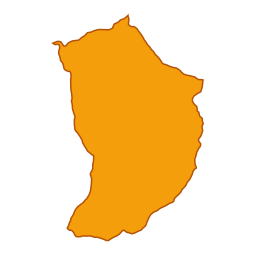 outline of Shongphu, Tashigang, Bhutan
{"feature_id": "84629894B1548081314680", "entity_name": "Shongphu", "entity_type": "district", "adm_level": 2, "iso_a3": "BTN", "parent_name": "Bhutan", "parent_adm1": "Tashigang", "projection": "robinson", "projection_center": [91.663, 27.301], "detail": "fine", "context": "isolated", "style": "filled", "palette": "amber", "viewbox_px": 256, "rotation_deg": 0, "n_neighbors": 0, "source": "geoboundaries", "source_scale": "gbopen_adm2", "svg_char_len": 3981}
<svg xmlns="http://www.w3.org/2000/svg" viewBox="0 0 256 256"><path d="M52.9,43.2L53.5,43.6L54.0,44.0L54.5,44.4L55.2,44.6L56.8,44.4L58.1,44.4L58.8,44.8L59.2,45.3L59.5,46.2L59.6,46.8L59.7,47.6L59.6,48.1L58.7,51.6L58.6,52.6L58.9,54.3L59.7,56.0L60.1,57.7L60.6,60.6L62.5,62.9L63.2,64.8L63.4,65.4L63.6,66.6L64.2,68.9L65.5,70.2L68.0,71.3L69.6,71.5L70.2,71.9L70.6,72.6L70.7,73.4L70.8,74.1L71.1,75.8L71.1,77.5L70.7,78.5L70.7,79.1L70.7,80.0L70.7,81.7L70.7,82.6L70.7,83.5L70.7,84.5L70.8,86.0L71.0,90.4L71.3,91.4L71.7,94.2L72.0,97.6L72.0,98.5L72.0,99.1L71.9,99.7L71.4,100.4L71.5,101.0L71.8,102.6L72.1,103.8L72.3,105.6L72.4,106.6L72.4,108.1L72.5,108.8L72.7,109.8L73.2,110.7L73.5,112.3L74.3,114.7L74.8,115.8L75.0,117.1L74.9,117.7L74.7,118.3L74.4,119.2L74.3,120.0L74.4,122.8L74.4,123.9L74.4,124.8L74.5,125.5L74.5,126.2L74.7,126.7L74.8,127.7L74.8,128.7L74.9,129.4L75.8,131.0L76.8,132.1L77.3,132.6L78.2,133.9L80.3,137.0L81.2,138.8L81.9,139.7L82.2,140.2L82.5,142.2L82.7,142.9L83.7,144.6L84.6,146.2L85.2,147.0L87.3,150.6L87.7,151.2L89.5,152.7L90.5,153.4L91.3,154.3L92.3,155.0L93.4,155.5L93.7,156.1L93.7,157.6L93.5,159.8L93.5,160.9L93.1,163.4L92.7,164.3L92.8,166.3L92.8,167.3L92.6,169.3L92.1,170.3L90.9,172.4L90.3,174.1L90.3,174.6L90.7,175.4L91.7,179.1L91.6,179.8L91.5,182.2L90.9,188.3L90.7,189.0L90.7,190.1L89.5,193.8L88.7,195.6L88.1,196.3L87.6,197.4L86.7,198.8L85.5,199.7L84.3,201.2L83.8,201.8L83.2,202.7L81.5,203.8L80.3,204.7L78.9,205.9L77.6,206.8L76.6,208.2L75.3,209.9L74.7,211.4L74.1,212.5L73.7,213.9L71.1,218.2L70.7,218.9L70.6,219.8L70.7,220.7L70.2,221.2L69.3,223.0L69.0,224.2L68.6,225.4L67.8,227.0L67.2,228.0L67.8,228.9L69.4,230.2L71.2,230.3L72.5,231.1L73.7,232.6L75.1,235.4L76.3,236.6L76.9,236.7L78.2,236.8L80.9,236.6L83.0,235.9L86.1,236.1L89.9,235.9L91.9,236.3L93.2,236.9L95.3,237.2L97.7,237.3L101.0,238.4L103.9,239.3L105.9,240.4L108.3,240.6L112.3,237.9L117.0,235.7L119.3,234.2L122.1,231.1L123.6,230.1L125.3,231.2L126.6,232.2L127.7,232.5L130.7,233.3L131.7,233.8L133.7,233.4L136.9,231.9L138.3,231.2L140.4,230.4L141.9,229.4L143.0,227.9L144.3,227.0L145.6,225.7L146.3,224.1L146.8,222.4L148.0,219.7L148.9,217.6L150.9,214.4L153.7,212.1L156.7,210.9L160.2,208.3L166.5,205.3L168.5,203.9L170.4,203.0L172.0,202.5L173.6,201.5L174.5,198.4L176.4,196.5L178.5,194.6L179.3,193.7L180.5,192.6L182.1,189.5L184.0,187.6L185.9,185.3L187.1,182.5L189.6,179.5L190.8,177.3L192.2,174.3L193.0,171.6L194.3,169.4L196.3,168.1L196.2,166.9L195.1,164.5L194.7,159.4L195.0,158.5L195.7,156.6L196.4,154.0L196.6,152.6L197.2,151.5L197.8,150.3L198.8,148.2L199.4,147.5L200.0,146.8L200.7,144.8L200.7,143.8L198.9,141.5L198.4,140.0L199.0,138.5L200.2,137.0L201.1,135.4L202.1,132.6L202.7,130.6L202.2,128.1L202.0,126.7L202.5,124.9L203.1,124.3L203.1,123.0L202.5,121.6L202.3,119.9L202.3,118.7L201.6,117.7L200.2,116.8L199.4,115.3L199.1,113.8L198.8,112.2L197.4,111.3L196.8,106.5L195.0,105.0L193.5,103.1L192.5,101.3L192.4,98.6L194.1,95.9L197.1,93.8L199.2,92.6L200.1,92.1L200.6,91.8L201.2,90.3L202.2,87.0L202.6,83.8L203.0,79.9L201.6,79.7L198.2,79.5L194.9,77.1L191.0,76.0L188.8,75.5L186.3,75.0L183.9,74.2L182.9,73.4L181.9,72.6L179.5,70.0L176.5,68.1L173.8,67.6L169.8,66.4L166.2,64.7L163.7,64.1L162.0,62.9L160.4,60.1L159.1,58.3L157.3,56.3L155.2,54.3L154.0,52.3L152.9,50.9L151.4,49.5L150.4,47.9L149.9,47.2L147.8,45.0L145.9,42.0L144.9,40.7L144.4,40.1L143.5,38.4L142.3,36.2L140.3,33.3L138.4,30.9L136.9,28.6L134.7,27.0L133.8,26.5L132.8,26.6L131.9,26.8L130.6,26.3L129.1,25.1L128.6,24.9L128.4,24.1L128.6,22.3L128.9,18.8L128.0,16.1L128.0,15.4L126.0,17.2L124.2,18.6L123.5,19.0L121.1,19.7L120.0,20.2L119.0,21.6L116.2,23.2L114.2,24.0L112.6,27.8L112.3,28.4L110.0,29.3L108.4,29.8L100.5,29.5L98.3,29.6L95.5,30.3L94.2,30.7L91.3,32.0L90.3,32.3L88.5,32.5L87.6,32.7L86.6,33.5L85.0,35.5L84.2,36.0L82.0,37.3L80.5,38.5L79.8,39.3L78.9,39.9L77.7,40.3L74.5,40.6L73.7,40.8L72.9,40.8L71.8,41.2L69.0,42.5L67.8,43.5L66.0,45.6L65.6,45.9L65.0,46.1L64.1,46.1L63.7,45.9L61.4,42.6L60.6,41.8L59.2,41.4L57.0,41.5L52.9,43.2Z" fill="#f59e0b" stroke="#b45309" stroke-width="1.5"/></svg>